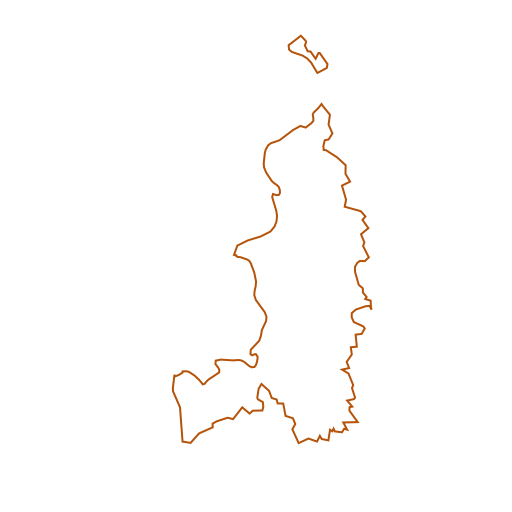 SVG path tracing the border of Hainaut, rotated 73°
{"feature_id": "BEL-2", "entity_name": "Hainaut", "entity_type": "Province", "adm_level": 1, "iso_a3": "BEL", "parent_name": "Belgium", "parent_adm1": "", "projection": "equal_earth", "projection_center": [3.881, 50.373], "detail": "fine", "context": "isolated", "style": "outline", "palette": "amber", "viewbox_px": 512, "rotation_deg": 73, "n_neighbors": 0, "source": "natural_earth", "source_scale": "10m", "svg_char_len": 2892}
<svg xmlns="http://www.w3.org/2000/svg" viewBox="0 0 512 512"><g transform="rotate(73 256 256)"><path d="M173.7,222.4L169.8,221.6L160.0,217.4L157.1,215.6L153.6,211.9L152.5,208.7L152.2,199.7L146.4,183.8L144.6,175.6L147.7,170.9L145.2,164.2L143.5,161.6L140.5,160.8L137.3,160.4L135.6,158.8L132.9,153.4L129.8,148.9L132.5,148.1L142.5,144.0L151.6,148.2L161.1,147.1L165.8,152.5L165.4,156.4L170.9,159.6L172.2,159.7L174.4,160.3L175.3,158.1L185.4,149.6L195.4,143.7L203.5,146.4L212.4,144.3L213.8,153.2L228.5,153.4L234.8,156.8L243.8,142.7L250.2,139.8L252.6,143.6L262.2,140.4L265.9,149.2L274.8,148.4L277.8,150.7L290.3,148.5L292.7,153.4L291.1,158.1L292.2,161.2L295.3,164.5L300.1,165.9L313.6,166.2L318.1,163.3L322.3,164.4L327.5,162.2L329.1,164.1L332.2,159.4L338.3,161.0L341.1,161.1L337.0,162.0L336.1,165.7L336.4,176.1L338.6,181.1L342.5,182.4L347.7,181.8L354.7,174.0L357.1,173.2L361.4,177.8L360.3,183.7L372.2,186.1L371.0,192.0L378.2,193.2L383.8,200.3L390.4,199.7L389.8,206.9L395.4,201.9L408.0,200.8L410.3,202.8L420.4,202.7L421.5,204.2L420.9,211.1L428.2,208.0L427.9,210.7L431.2,211.9L444.6,207.3L440.7,221.2L448.7,219.6L447.0,222.2L449.7,225.3L446.8,231.9L443.8,232.3L445.9,234.3L443.8,236.0L453.5,240.7L450.2,246.7L446.7,247.5L451.3,251.9L445.9,259.2L447.4,269.9L432.3,271.9L428.2,267.6L422.0,268.1L417.5,274.5L405.1,273.1L403.3,278.4L399.3,278.2L396.4,282.5L388.9,282.9L380.0,288.2L383.7,292.3L391.9,296.2L393.6,296.1L397.7,292.2L402.4,293.1L405.6,295.1L403.0,304.2L404.8,308.2L396.7,313.4L405.3,325.6L402.4,330.4L402.6,341.8L403.6,346.5L407.2,347.5L409.0,362.3L415.6,373.2L412.6,379.3L412.0,380.4L412.0,380.5L378.4,372.9L364.6,374.5L361.3,374.9L358.2,374.2L345.7,368.7L345.9,368.7L347.5,368.8L347.2,364.6L346.0,360.3L344.9,359.9L345.8,356.5L346.9,354.4L348.6,352.8L352.6,349.6L357.8,346.6L363.2,344.4L363.2,342.5L361.7,340.3L360.3,337.6L356.6,325.3L354.3,324.4L351.9,324.7L347.5,326.4L344.3,325.1L344.8,319.9L349.1,308.5L350.3,303.3L351.3,301.0L353.7,298.3L358.9,294.9L361.1,292.8L361.7,289.9L360.3,288.0L357.5,286.0L354.5,284.5L352.5,283.9L349.7,284.9L349.6,286.7L349.9,288.7L348.2,290.0L344.1,288.4L338.0,277.7L333.4,274.4L328.6,272.1L321.2,265.4L316.9,263.7L312.1,264.1L298.0,269.0L292.9,269.1L288.9,267.5L285.1,265.3L280.5,263.4L271.2,262.5L261.5,263.1L258.4,264.0L256.6,265.7L252.6,271.2L251.6,273.6L251.0,274.4L250.0,275.0L249.7,274.7L249.3,274.9L248.5,276.7L240.6,270.8L238.7,259.2L238.7,245.9L236.8,235.0L233.2,229.6L228.8,226.2L223.9,224.2L218.8,223.4L204.4,223.3L201.7,221.6L203.9,218.5L204.2,216.2L202.8,214.7L199.6,213.9L196.4,214.1L194.1,215.4L191.9,217.2L188.9,219.0L179.1,221.9L173.7,222.4ZM68.3,164.0L64.9,163.4L63.8,163.0L62.9,160.3L58.5,148.7L64.4,145.7L65.9,145.4L69.0,147.7L75.4,146.7L76.4,144.1L84.8,141.3L80.2,137.0L80.5,135.7L93.4,131.5L96.9,133.4L98.7,142.8L98.9,143.8L87.2,146.7L82.1,149.3L78.0,152.8L71.3,162.1L68.3,164.0Z" fill="none" stroke="#b45309" stroke-width="2"/></g></svg>